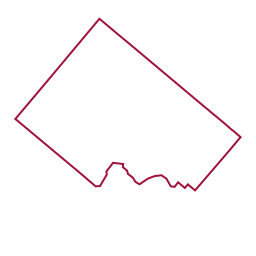 Kay, Oklahoma, United States of America, rotated 40°
{"feature_id": "52423323B83070703413565", "entity_name": "Kay", "entity_type": "district", "adm_level": 2, "iso_a3": "USA", "parent_name": "United States of America", "parent_adm1": "Oklahoma", "projection": "mercator", "projection_center": [-97.024, 36.796], "detail": "fine", "context": "isolated", "style": "outline", "palette": "rose", "viewbox_px": 256, "rotation_deg": 40, "n_neighbors": 0, "source": "geoboundaries", "source_scale": "gbopen_adm2", "svg_char_len": 767}
<svg xmlns="http://www.w3.org/2000/svg" viewBox="0 0 256 256"><g transform="rotate(40 128 128)"><path d="M35.9,193.5L36.1,193.5L119.4,193.3L140.6,193.5L143.9,190.5L141.7,177.3L139.4,175.1L138.9,164.3L147.5,158.7L149.2,161.3L154.7,161.3L157.5,163.2L163.7,162.9L168.3,164.5L173.0,163.7L175.9,153.7L179.4,147.6L184.0,142.7L190.0,142.1L198.3,145.2L201.5,143.1L201.3,137.4L210.1,137.4L210.1,132.7L219.5,132.7L220.1,81.3L220.1,62.6L209.2,62.5L208.4,62.7L201.2,62.5L189.7,62.5L187.4,62.5L180.8,62.6L180.4,62.6L176.9,62.5L175.6,62.6L174.8,62.6L172.3,62.6L163.9,62.6L161.8,62.6L147.7,62.6L145.2,62.6L129.4,62.6L128.5,62.6L124.3,62.6L123.7,62.6L117.3,62.6L77.7,62.6L59.2,62.7L55.9,62.7L35.9,62.7L36.0,137.5L35.9,193.5Z" fill="none" stroke="#9f1239" stroke-width="2"/></g></svg>